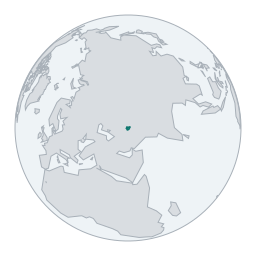 globe centered on Badghis, rotated 311°
{"feature_id": "AFG-1741", "entity_name": "Badghis", "entity_type": "Province", "adm_level": 1, "iso_a3": "AFG", "parent_name": "Afghanistan", "parent_adm1": "", "projection": "orthographic", "projection_center": [63.837, 35.271], "detail": "fine", "context": "on_globe", "style": "filled", "palette": "teal", "viewbox_px": 256, "rotation_deg": 311, "n_neighbors": 0, "source": "natural_earth", "source_scale": "10m", "svg_char_len": 11048}
<svg xmlns="http://www.w3.org/2000/svg" viewBox="0 0 256 256"><g transform="rotate(311 128 128)"><circle cx="128" cy="128" r="113" fill="#eef3f6" stroke="#a8b0b8"/><path d="M143.8,16.5L146.3,17.2L156.2,20.5L161.6,21.9L158.6,21.6L170.4,24.8L177.2,28.2L168.1,24.3L166.1,23.9L170.0,25.9L168.8,25.9L170.0,27.0L168.2,27.0L163.0,25.0L161.7,25.1L164.6,26.6L164.5,27.7L160.5,25.5L160.1,27.3L151.3,25.0L142.1,20.2L135.8,20.1L122.5,18.3L122.3,18.9L117.1,19.0L115.0,19.9L113.1,19.6L113.0,20.6L115.1,20.7L115.7,21.2L114.6,21.8L112.1,21.4L112.3,21.1L110.9,21.3L110.1,20.9L109.9,21.5L107.0,21.1L108.3,22.4L104.5,22.9L103.0,22.5L105.3,21.3L107.5,18.3L106.7,18.0L103.2,18.5L92.1,21.7L90.3,22.1L86.3,23.5L89.4,22.7L88.4,23.7L92.4,22.7L92.5,23.0L95.7,22.8L92.9,24.2L88.4,25.9L85.6,26.3L83.6,27.1L84.3,28.1L77.3,30.5L69.4,35.1L67.9,35.7L68.2,34.1L73.0,30.4L73.4,29.5L70.8,31.7L66.9,33.7L65.2,34.8L64.1,35.8L64.6,35.7L62.8,36.9L64.7,34.8L66.4,33.7L65.8,34.3L68.0,32.7L68.7,32.2L76.3,27.9L84.2,24.2L92.3,21.2L100.6,18.7L109.2,16.9L117.8,15.8L126.5,15.4L135.1,15.6L143.8,16.5ZM147.3,17.0L147.5,17.1L145.7,16.8L145.8,16.8L147.3,17.0ZM165.7,23.1L163.5,22.2L166.1,23.1L165.7,23.1ZM170.5,27.2L171.5,27.5L171.7,28.0L170.5,27.2ZM97.1,22.0L96.4,22.4L96.2,22.2L97.1,22.0ZM99.1,21.7L99.3,21.2L100.3,21.0L100.1,21.3L99.1,21.7ZM169.1,28.4L169.0,29.3L168.2,28.1L169.1,28.4ZM98.6,22.3L102.0,20.7L103.7,20.3L104.7,21.1L98.6,22.3ZM168.4,29.5L168.5,31.8L170.8,32.5L164.3,31.9L166.4,30.0L165.0,28.3L167.0,29.4L168.4,29.5ZM116.2,20.5L113.9,20.4L116.8,20.0L116.2,20.5ZM117.9,20.1L126.0,18.6L128.8,19.3L125.5,19.6L130.0,20.2L127.5,21.2L124.4,21.1L123.1,20.4L123.1,21.4L117.9,20.1ZM160.7,31.3L159.9,31.6L159.8,30.9L160.7,31.3ZM116.2,21.4L117.6,21.0L120.1,21.5L117.9,22.5L117.8,22.0L116.2,21.4ZM132.4,20.0L133.9,20.7L132.3,21.6L132.6,22.1L127.6,21.3L132.4,20.0ZM116.6,22.2L116.6,23.0L114.4,23.4L115.0,21.9L116.6,22.2ZM121.8,21.2L122.9,21.6L121.5,21.7L121.8,21.2ZM106.7,25.4L108.2,24.7L109.7,24.8L106.7,25.4ZM116.8,23.3L117.5,23.2L118.3,23.2L117.9,23.9L116.8,23.3ZM126.8,22.2L125.8,22.5L128.8,22.5L127.7,23.4L124.5,22.8L125.4,23.4L125.1,23.7L122.9,22.9L126.8,22.2ZM119.7,24.7L115.3,24.5L112.0,25.7L110.6,25.6L116.1,23.7L119.7,24.7ZM121.7,23.7L120.1,24.3L119.2,23.7L119.7,23.0L121.7,23.7ZM128.0,24.2L130.6,23.0L131.1,23.2L128.0,24.2ZM118.9,25.1L120.0,25.2L118.8,25.3L118.9,25.1ZM125.4,24.6L126.2,24.1L126.9,24.3L125.4,24.6ZM121.5,25.8L120.0,25.7L120.3,25.1L121.5,25.8ZM123.4,25.3L124.1,25.8L121.3,25.0L123.7,25.1L123.4,25.3ZM125.9,24.9L126.6,24.9L125.5,25.1L125.9,24.9ZM121.1,28.1L117.5,27.2L118.1,26.0L121.6,26.9L121.1,28.1ZM19.7,133.1L20.3,114.0L22.6,110.2L24.8,103.4L42.2,92.5L43.9,96.7L55.3,102.4L56.3,104.3L52.7,109.0L59.5,121.5L64.3,118.5L72.7,126.6L79.6,128.9L86.0,119.3L74.6,115.2L74.9,109.3L85.8,108.2L96.0,112.1L96.4,109.9L91.8,103.4L96.0,100.6L90.4,100.9L91.3,103.6L87.8,104.0L86.8,101.6L88.3,100.6L85.7,98.7L79.1,104.4L79.2,107.8L71.4,105.9L70.9,111.4L68.1,112.7L67.8,104.0L69.3,101.5L67.2,90.9L64.9,93.3L66.8,103.6L65.3,102.1L62.3,105.9L63.5,101.9L62.1,90.4L56.2,88.4L45.5,94.3L42.7,92.7L41.9,88.3L49.2,79.0L54.5,83.7L57.1,80.9L58.8,74.7L60.3,76.8L61.7,75.0L63.9,76.7L69.9,74.5L72.7,75.8L77.7,70.9L79.8,71.0L76.2,73.8L75.2,76.6L82.3,80.3L84.5,79.8L87.2,76.4L88.8,78.1L90.5,74.4L95.9,75.0L90.8,71.2L93.8,67.6L98.5,66.0L98.6,64.3L90.9,66.9L88.7,68.7L88.2,71.2L81.3,76.0L78.3,75.7L82.0,68.4L78.1,67.4L82.7,62.6L100.7,57.6L106.8,58.0L111.3,66.1L108.3,67.9L105.2,65.8L105.6,71.0L106.8,69.0L108.1,70.5L111.3,67.8L112.5,68.8L113.7,64.7L115.4,65.6L114.6,68.1L120.9,65.3L125.2,66.6L126.1,65.5L125.8,64.0L131.4,66.9L131.8,66.0L130.1,64.7L129.8,62.2L131.5,58.9L133.4,60.0L133.0,61.4L135.1,66.1L133.9,69.7L134.8,69.9L136.3,67.0L133.8,61.2L134.2,59.0L135.9,61.5L135.3,60.4L136.1,59.6L138.7,60.1L137.1,57.3L143.6,48.7L149.2,49.0L149.9,51.9L156.4,48.1L162.2,49.4L160.7,48.1L162.7,45.8L160.9,45.3L160.3,44.6L164.8,39.2L167.3,39.1L167.4,35.9L166.6,35.3L164.7,35.2L164.3,31.9L170.8,32.5L172.3,33.8L175.3,33.6L178.3,36.6L182.2,39.2L183.7,43.0L186.7,44.9L187.5,44.7L192.2,47.4L198.8,54.4L189.7,49.8L179.0,40.9L183.1,44.4L181.0,44.0L181.8,45.7L184.7,48.3L185.8,48.3L184.8,55.9L189.6,65.0L192.0,62.6L195.4,63.9L202.9,73.6L205.6,91.3L210.2,94.4L211.7,97.4L210.6,100.7L208.3,96.4L205.4,96.2L204.3,93.4L201.7,97.7L200.0,93.9L198.8,99.3L201.3,101.6L204.3,99.0L204.0,105.7L209.3,109.0L212.0,115.0L209.9,129.3L204.6,135.8L204.7,137.9L201.6,136.9L199.0,142.4L206.1,151.0L206.5,154.2L201.5,162.5L201.1,160.3L192.8,157.7L192.4,165.6L198.7,169.4L201.0,175.5L196.6,175.1L194.2,169.8L191.2,168.6L191.2,162.0L187.2,153.2L182.7,156.5L182.3,152.5L176.1,145.6L169.2,150.0L158.7,162.8L158.6,173.0L154.4,177.8L146.2,164.3L144.0,154.4L140.2,155.6L132.5,147.2L116.6,146.3L115.2,143.4L112.0,144.5L106.8,141.2L104.9,136.5L101.3,136.2L106.5,148.7L110.5,148.9L114.9,144.9L115.5,149.1L120.7,153.1L112.0,162.2L89.8,167.4L89.0,159.5L79.5,134.8L80.6,132.6L80.6,132.3L80.6,131.7L78.2,135.3L77.1,130.4L80.6,147.3L80.6,153.9L89.4,167.8L88.3,168.7L91.5,171.7L103.7,170.9L103.5,173.4L96.9,183.6L81.2,194.4L84.1,203.8L84.4,210.7L76.5,212.6L79.1,217.8L75.3,218.0L76.4,220.5L74.4,221.8L70.4,221.8L61.5,217.4L59.5,215.0L52.7,208.2L42.7,192.6L43.4,187.9L41.9,182.5L35.7,167.0L37.0,161.2L35.7,157.2L32.8,155.6L31.5,150.8L29.9,149.2L21.3,141.3L19.7,133.1ZM33.9,100.8L32.9,102.6L33.9,100.8ZM105.4,121.8L112.6,123.4L111.9,116.1L114.5,116.2L113.3,113.8L111.8,115.6L109.2,109.1L113.1,107.7L113.6,104.6L111.2,103.9L104.3,107.7L108.0,116.8L105.3,119.3L105.4,121.8ZM66.8,33.8L66.5,34.0L65.1,35.1L65.2,34.9L66.8,33.8ZM61.9,39.1L59.1,40.9L61.2,39.3L60.8,39.2L64.9,35.9L67.3,35.9L65.5,36.4L61.9,39.1ZM70.9,31.8L68.1,33.7L71.1,31.7L70.9,31.8ZM67.0,64.4L66.8,66.3L64.6,67.8L61.1,66.9L64.3,64.6L67.0,64.4ZM67.1,68.7L71.8,62.2L74.1,62.8L72.0,63.5L73.1,64.5L70.0,66.0L67.7,73.2L65.6,75.1L60.4,71.9L63.2,71.8L63.2,69.8L67.1,68.7ZM79.5,47.2L81.5,45.1L83.9,48.9L81.8,50.5L78.2,49.5L78.6,47.1L79.5,47.2ZM99.7,24.2L100.3,23.7L101.0,23.7L101.1,24.2L99.7,24.2ZM107.3,25.0L97.7,26.9L97.9,26.3L92.1,28.5L90.4,27.8L94.2,26.3L88.5,27.6L91.3,26.0L87.4,27.2L96.2,24.0L98.5,22.8L96.6,24.3L98.1,25.0L99.4,24.9L104.9,23.9L110.6,22.0L113.0,22.6L113.1,23.5L112.1,24.0L110.9,23.4L110.4,24.6L107.9,24.2L107.3,25.0ZM113.8,37.5L112.8,36.0L111.4,39.5L108.9,38.6L108.9,39.0L106.2,39.2L102.9,40.4L102.0,39.7L101.1,40.5L99.3,40.7L97.7,41.6L95.7,40.8L93.6,41.8L93.8,40.8L90.8,42.9L92.1,41.0L89.9,41.4L89.8,43.0L82.5,38.0L78.5,37.7L74.4,38.7L77.2,35.8L82.8,33.2L89.4,31.5L92.9,32.3L93.5,31.0L95.4,31.0L94.1,32.1L97.2,30.6L98.4,30.9L104.2,30.2L107.9,28.2L110.2,28.0L109.3,29.0L112.1,28.2L112.0,30.0L113.6,30.0L115.1,31.9L112.5,34.0L114.5,33.9L115.7,35.5L113.8,37.5ZM121.4,28.6L118.9,31.1L116.3,31.9L114.8,28.3L113.4,28.1L112.3,26.1L116.2,25.0L116.1,25.6L117.0,26.0L115.4,26.2L117.3,26.4L117.3,27.3L118.7,27.8L117.5,28.4L121.4,28.6ZM58.9,103.2L59.9,104.2L61.9,105.1L60.0,107.6L58.9,103.2ZM57.7,95.4L58.9,95.7L57.2,99.4L56.1,98.5L57.7,95.4ZM61.0,92.9L59.1,95.5L59.5,93.6L61.0,92.9ZM77.5,74.0L78.9,74.3L78.5,75.2L77.0,76.1L77.5,74.0ZM109.3,48.6L109.1,47.4L109.9,47.2L111.8,44.5L113.8,45.1L113.5,47.0L109.3,48.6ZM83.3,120.5L80.4,121.8L79.7,120.4L80.9,120.3L83.3,120.5ZM69.0,114.7L71.6,117.4L68.5,115.4L69.0,114.7ZM111.8,48.9L112.4,47.6L113.0,48.7L111.8,48.9ZM115.4,45.4L116.4,46.5L114.3,44.9L115.4,45.4ZM134.6,239.8L136.2,239.9L134.2,240.1L134.6,239.8ZM102.9,213.2L98.6,223.3L93.4,222.3L91.3,219.0L92.1,212.6L97.7,211.6L100.2,208.7L102.9,213.2ZM219.1,179.9L221.0,178.9L220.8,179.3L219.1,179.9ZM217.3,180.0L219.5,178.5L216.7,181.2L217.3,180.0ZM220.4,177.9L222.7,175.5L223.7,174.0L223.4,175.0L220.4,177.9ZM215.7,181.1L206.1,186.4L202.1,187.3L203.3,185.4L209.8,182.5L215.7,181.1ZM203.0,185.5L196.6,184.0L186.5,174.4L190.2,173.5L200.4,177.7L199.8,179.3L203.7,181.0L203.0,185.5ZM217.6,169.8L216.9,174.1L211.9,176.8L209.4,177.5L207.8,173.2L208.7,170.1L210.8,169.1L217.6,155.5L220.2,156.2L218.4,161.5L220.4,163.7L217.6,169.8ZM159.2,173.8L162.2,179.2L159.8,180.5L159.2,173.8ZM219.6,147.0L217.4,153.0L219.2,145.8L219.6,147.0ZM220.2,140.8L220.8,142.8L219.3,141.5L220.2,140.8ZM205.4,141.0L203.3,142.6L202.9,141.1L205.3,138.1L205.4,141.0ZM214.0,120.2L215.4,124.7L215.5,126.5L213.9,124.4L214.0,120.2ZM130.0,54.1L125.2,57.0L123.0,59.8L123.9,62.5L120.5,60.1L123.9,55.7L130.0,54.1ZM141.7,49.1L140.9,47.1L142.6,47.3L143.0,47.9L141.7,49.1ZM140.3,48.3L136.7,47.0L137.1,45.5L139.8,46.8L140.3,48.3ZM124.1,47.5L122.5,48.3L122.0,47.3L124.1,47.5ZM211.9,203.1L202.8,212.0L200.6,213.4L203.1,210.9L204.9,206.4L205.8,205.9L207.6,201.9L217.0,192.3L224.3,180.4L227.2,177.5L230.8,169.1L233.2,165.9L231.3,171.6L232.3,170.6L236.5,157.6L235.8,160.7L233.1,168.4L229.9,175.9L226.2,183.2L221.9,190.2L217.2,196.8L211.9,203.1ZM223.6,176.7L226.5,171.6L227.7,170.1L223.6,176.7ZM238.3,150.7L238.2,150.4L237.0,155.4L235.0,159.4L235.8,156.6L235.8,154.4L233.0,157.7L232.4,156.7L233.7,153.9L231.4,155.2L233.9,151.3L234.7,153.9L236.0,149.1L237.7,146.6L238.9,144.6L239.4,144.7L239.1,146.5L239.0,147.1L238.3,150.7ZM233.4,159.7L233.8,159.1L233.3,160.7L233.4,159.7ZM239.7,142.7L239.6,143.4L240.1,139.2L239.7,142.7ZM240.3,136.3L240.3,136.0L240.4,135.4L240.3,136.3ZM228.4,162.3L228.2,163.5L227.4,163.4L228.4,162.3ZM229.4,160.7L231.4,159.5L229.1,161.8L229.4,160.7ZM221.8,163.7L222.5,165.6L225.1,162.0L223.1,165.8L224.6,168.6L223.9,170.6L222.5,167.5L221.6,172.5L220.5,173.3L220.1,169.8L221.4,164.1L222.5,161.3L226.9,156.8L221.8,163.7ZM229.5,157.7L228.8,155.3L229.2,152.9L229.9,153.8L229.5,157.7ZM226.6,149.9L224.4,147.9L222.9,150.6L225.6,142.9L227.3,146.1L226.6,149.9ZM224.1,143.4L222.7,145.9L223.9,141.8L224.1,143.4ZM222.1,145.1L221.5,142.7L222.9,142.1L222.1,145.1ZM224.9,142.9L224.5,138.4L225.6,140.4L224.9,142.9ZM219.9,137.6L223.5,139.6L219.5,140.6L217.5,132.5L219.0,131.2L219.9,137.6ZM216.6,97.8L215.2,95.7L216.0,94.1L216.8,95.9L216.6,97.8ZM217.5,87.6L215.8,93.0L214.2,97.7L215.5,98.0L216.7,102.5L213.7,100.0L213.6,93.9L215.1,91.1L213.6,87.5L213.7,83.8L211.0,80.1L210.5,77.7L213.4,80.3L217.5,87.6ZM209.8,78.7L205.2,71.7L207.6,70.6L209.2,71.8L210.3,75.4L208.9,75.8L209.8,78.7ZM204.8,69.8L203.4,70.2L193.8,62.4L192.4,60.6L201.0,65.4L200.2,66.1L202.1,68.3L204.8,69.8ZM161.1,32.1L160.1,31.7L161.2,31.7L161.1,32.1ZM159.3,44.4L158.7,43.4L160.0,43.3L159.3,44.4ZM157.7,40.6L156.6,41.3L157.0,40.0L157.7,40.6ZM154.2,43.2L155.8,41.4L155.4,43.9L154.2,43.2Z" fill="#d9dde1" stroke="#a8b0b8" stroke-width="1"/><path d="M127.2,126.8L127.4,126.8L127.5,126.8L127.5,126.7L127.8,126.6L128.0,126.5L128.2,126.8L128.1,127.0L128.2,127.3L128.3,127.3L128.3,127.5L128.6,127.6L128.8,127.7L128.9,127.8L128.9,128.0L129.1,128.1L129.3,128.1L129.5,128.2L129.7,128.3L129.8,128.4L129.9,128.5L130.0,128.6L129.9,128.7L129.9,128.8L129.9,129.0L129.5,129.1L129.4,129.1L129.1,129.1L128.9,129.2L128.6,129.2L128.5,129.3L128.4,129.3L127.9,129.5L127.8,129.4L127.7,129.4L127.4,129.4L127.2,129.2L127.0,129.3L126.9,129.3L126.8,129.2L126.7,129.2L126.4,129.0L126.3,128.9L126.2,128.9L126.1,128.7L126.1,128.4L126.3,128.1L126.4,127.9L126.5,127.8L126.6,127.7L126.8,127.7L126.8,127.4L127.0,127.2L126.9,127.1L126.8,126.9L127.2,126.8Z" fill="#14b8a6" stroke="#0f766e" stroke-width="1.5"/></g></svg>